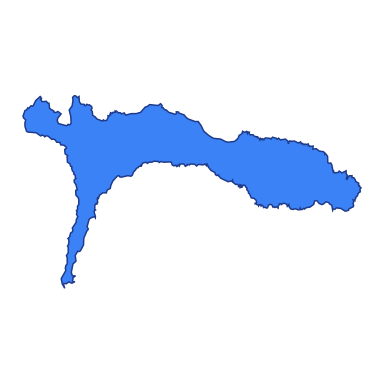 Nossa Senhora Do Rosario, Ribeira Brava, Cabo Verde
{"feature_id": "66160863B38183693605809", "entity_name": "Nossa Senhora Do Rosario", "entity_type": "district", "adm_level": 2, "iso_a3": "CPV", "parent_name": "Cabo Verde", "parent_adm1": "Ribeira Brava", "projection": "robinson", "projection_center": [-24.164, 16.566], "detail": "fine", "context": "isolated", "style": "filled", "palette": "blue", "viewbox_px": 384, "rotation_deg": 0, "n_neighbors": 0, "source": "geoboundaries", "source_scale": "gbopen_adm2", "svg_char_len": 5946}
<svg xmlns="http://www.w3.org/2000/svg" viewBox="0 0 384 384"><path d="M31.0,105.8L28.6,108.4L27.7,107.9L26.5,110.0L25.0,110.5L23.0,116.2L23.7,118.1L25.7,119.8L24.9,123.1L25.0,126.5L26.5,131.2L27.6,132.0L36.3,132.8L40.6,135.9L42.2,135.1L44.0,135.8L44.7,136.8L46.2,135.8L48.1,136.1L51.8,139.4L53.7,139.1L55.1,139.8L56.7,142.2L60.0,142.5L60.7,144.9L64.0,145.2L66.4,147.4L66.3,148.4L64.7,149.4L65.1,153.8L67.7,155.6L67.1,156.7L67.4,162.1L69.9,163.8L70.6,166.2L71.9,166.7L71.6,168.1L72.4,170.8L73.9,172.6L73.8,174.1L75.3,175.4L75.3,177.7L75.9,178.5L74.3,179.8L74.1,181.7L75.9,184.7L77.3,189.7L75.7,190.4L75.9,195.1L78.2,197.7L78.8,199.9L78.7,204.6L77.4,206.4L77.7,208.9L76.4,210.6L77.1,212.1L76.5,214.2L77.8,216.8L76.4,219.4L76.0,222.6L72.3,228.0L72.9,230.3L72.3,231.9L70.6,233.0L69.4,237.3L67.9,238.5L68.7,239.5L68.9,241.3L68.6,244.2L67.5,246.2L68.2,247.2L68.2,252.9L66.4,255.6L67.2,257.7L67.2,263.8L65.8,265.7L65.3,268.4L65.9,270.3L61.2,278.7L62.2,283.7L64.7,288.3L63.5,284.4L63.9,283.5L66.4,283.7L68.8,281.9L71.9,283.2L75.0,281.6L73.4,281.9L72.6,280.9L73.1,277.6L75.0,276.3L75.0,275.9L72.4,275.8L71.3,272.4L72.9,264.1L76.0,261.1L75.2,255.5L77.7,251.2L78.8,251.6L80.4,250.9L83.5,245.0L83.8,238.2L86.8,231.1L88.3,229.2L87.1,226.7L89.0,219.7L90.1,218.3L93.4,216.9L94.5,216.7L95.3,217.8L95.4,216.4L94.2,212.4L94.4,210.7L95.5,210.0L94.8,209.4L94.8,205.7L95.5,204.1L96.9,204.0L96.6,203.2L97.3,203.2L97.7,202.3L97.3,199.2L98.0,198.6L97.4,198.1L98.0,197.5L98.5,198.2L99.5,195.3L102.8,192.8L106.3,192.9L107.2,190.0L110.2,188.5L110.9,185.2L112.9,180.9L117.4,176.0L118.9,175.7L119.8,176.9L121.2,177.2L127.8,175.7L131.0,176.2L132.4,175.1L133.4,172.2L135.8,169.7L136.3,168.2L138.1,167.7L138.7,166.6L140.8,166.1L140.6,165.9L140.7,165.5L141.4,166.0L142.4,163.4L144.2,162.6L146.3,162.4L147.4,163.4L149.0,162.2L152.1,162.1L154.0,161.2L158.4,161.5L159.2,162.5L161.1,161.5L163.6,162.2L170.0,161.9L171.4,162.4L172.1,164.8L172.9,165.4L174.0,165.9L175.1,165.2L176.6,166.2L176.9,165.7L177.1,166.4L178.7,165.2L179.2,165.8L179.3,164.9L179.7,165.3L180.1,164.2L181.3,163.9L183.9,164.1L185.3,166.3L187.1,165.4L187.2,164.5L189.6,164.9L190.3,164.0L194.6,164.2L196.6,166.0L198.3,164.4L203.0,164.9L205.1,164.1L206.4,165.5L206.5,164.0L207.1,164.0L207.0,165.3L208.0,165.7L208.1,166.7L210.9,170.4L215.0,172.6L215.4,174.6L216.7,175.5L218.6,175.0L218.5,175.8L220.9,178.3L228.1,181.7L231.5,181.0L232.1,181.6L232.6,180.5L232.8,182.2L235.8,184.5L237.5,184.3L238.5,185.5L238.5,186.6L239.6,186.9L239.9,184.6L241.0,184.9L241.5,185.9L240.6,187.5L242.1,187.1L243.2,185.0L245.1,185.5L245.7,187.0L247.0,187.9L246.8,189.7L248.5,191.6L248.4,193.0L249.6,194.0L251.3,197.9L254.0,198.3L255.9,200.0L256.7,202.0L256.3,202.9L255.1,203.2L255.1,203.9L256.4,203.8L256.7,204.5L258.3,204.9L258.6,205.9L259.4,204.7L260.7,204.7L261.1,206.0L261.8,205.2L262.8,205.8L263.7,207.6L264.8,207.2L266.6,208.1L267.5,207.8L268.5,205.1L270.8,204.3L272.0,205.1L273.0,207.2L273.8,206.8L274.9,207.5L276.1,206.7L278.1,208.1L278.2,206.3L279.8,203.6L280.8,203.7L281.2,204.6L283.7,203.2L286.6,204.1L287.3,206.3L288.8,204.6L289.0,206.5L290.6,208.9L292.7,209.5L295.2,208.7L298.2,209.8L299.6,209.7L300.2,208.1L300.8,209.6L302.1,209.5L303.8,208.4L304.6,209.0L306.4,207.6L310.0,207.1L313.8,204.3L314.6,201.0L316.2,200.6L317.1,200.9L319.1,203.4L321.8,204.6L323.5,204.0L325.9,201.8L328.6,202.5L329.5,203.9L331.8,205.3L332.7,210.3L333.2,209.2L334.9,209.2L336.4,207.9L340.8,208.4L345.1,211.1L346.5,210.9L348.4,210.4L349.1,208.8L353.2,206.8L353.7,205.7L353.0,203.5L353.8,201.8L353.2,200.0L354.9,200.6L354.7,199.8L355.6,198.8L355.7,197.3L357.5,195.8L357.5,194.8L358.8,192.7L360.3,191.8L359.9,189.5L361.0,187.8L358.9,186.1L359.4,185.5L358.3,184.7L358.7,183.2L355.6,181.4L355.4,180.0L353.8,177.7L352.0,177.6L352.0,175.7L349.1,175.8L346.9,179.4L346.3,178.8L347.3,175.4L346.1,173.6L346.1,170.8L342.0,172.9L339.2,171.1L338.3,172.4L334.3,172.9L333.9,171.9L333.3,172.0L333.4,170.7L332.9,170.8L331.8,164.8L330.9,163.2L331.3,162.9L328.6,163.3L327.8,162.6L327.6,156.6L326.7,155.0L325.3,153.5L324.8,154.0L324.8,152.9L323.4,151.7L319.4,151.1L316.2,148.7L312.8,149.1L313.2,146.1L310.0,146.5L309.6,145.7L308.3,145.8L308.3,144.0L305.4,144.6L305.0,144.0L303.9,144.8L302.7,143.4L301.5,143.8L301.2,142.8L300.2,142.6L300.3,142.0L298.4,143.0L294.2,141.0L291.5,141.3L291.4,140.6L291.1,141.5L289.7,140.9L288.8,141.6L288.6,143.2L288.0,142.9L288.0,141.3L285.5,139.1L280.4,139.9L278.7,138.2L277.1,139.3L276.6,138.4L272.5,137.2L271.0,139.1L270.2,138.4L265.3,137.9L263.9,139.8L262.9,138.7L261.8,138.8L261.8,139.5L260.5,138.4L259.9,140.1L258.8,138.1L257.2,137.5L257.5,136.8L254.5,136.4L253.0,134.7L250.0,134.8L249.1,133.3L249.4,132.2L247.7,131.9L247.4,133.3L246.6,131.4L244.8,132.4L242.7,131.3L241.8,133.8L239.1,135.4L238.1,138.3L234.6,141.4L228.3,142.2L225.5,141.6L220.7,139.1L213.4,138.3L208.9,135.6L203.7,131.1L201.3,125.9L198.2,121.5L195.3,121.6L188.5,119.1L186.5,117.8L184.1,114.9L178.8,113.0L178.5,112.0L176.3,111.8L176.4,113.7L175.3,114.3L168.7,112.3L166.3,110.0L164.5,109.6L163.1,107.7L161.8,107.5L162.1,105.5L160.6,103.7L158.1,105.5L149.6,104.6L147.4,106.4L145.2,107.1L140.5,112.4L136.3,113.6L131.4,113.6L125.7,115.1L124.2,112.9L121.6,113.9L120.2,112.7L118.3,112.7L116.2,111.0L115.7,111.9L115.1,111.2L114.9,112.2L112.9,112.4L112.3,113.3L110.6,112.7L110.6,114.5L109.9,114.4L110.0,115.2L109.1,116.1L108.0,115.7L108.1,117.3L106.7,120.4L104.1,120.6L103.3,119.9L102.4,121.1L96.6,118.8L95.5,117.1L92.7,115.4L92.3,111.5L91.0,109.8L92.0,108.6L91.7,106.6L89.4,104.8L88.5,105.1L86.9,104.3L85.1,105.8L84.0,104.3L81.1,104.2L79.4,101.9L79.0,96.5L77.4,97.6L75.9,96.0L74.3,95.7L72.6,97.4L73.0,100.3L72.1,105.9L69.2,110.0L70.8,116.5L71.1,123.1L70.0,124.8L68.0,124.4L67.4,125.4L66.0,125.6L58.5,123.6L57.2,120.6L57.7,118.2L61.1,113.9L57.9,111.5L56.0,112.5L54.1,112.3L53.8,111.0L49.6,108.5L49.0,103.2L47.7,103.0L46.3,101.3L42.2,101.7L40.9,99.7L41.2,99.1L40.6,99.3L41.0,97.2L40.2,96.5L35.7,100.6L33.1,106.0L31.0,105.8Z" fill="#3b82f6" stroke="#1e3a8a" stroke-width="1.5"/></svg>